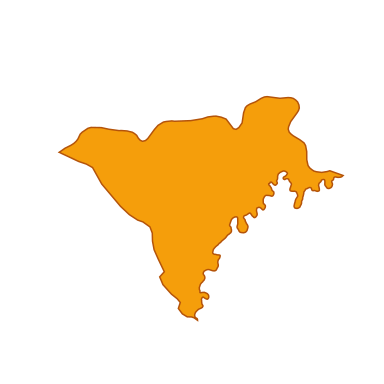 the district of Kim Hyong Jik, Ryanggang, North Korea, rotated 108°
{"feature_id": "82179303B57298285068990", "entity_name": "Kim Hyong Jik", "entity_type": "district", "adm_level": 2, "iso_a3": "PRK", "parent_name": "North Korea", "parent_adm1": "Ryanggang", "projection": "equal_earth", "projection_center": [127.249, 41.385], "detail": "fine", "context": "isolated", "style": "filled", "palette": "amber", "viewbox_px": 384, "rotation_deg": 108, "n_neighbors": 0, "source": "geoboundaries", "source_scale": "gbopen_adm2", "svg_char_len": 6036}
<svg xmlns="http://www.w3.org/2000/svg" viewBox="0 0 384 384"><g transform="rotate(108 192 192)"><path d="M179.7,317.9L182.3,319.4L184.9,321.5L189.6,326.3L195.3,330.6L198.0,309.2L198.1,301.0L199.5,294.1L212.3,280.3L227.7,255.6L232.9,244.6L235.5,235.0L235.6,229.5L238.2,221.2L243.3,217.1L250.9,214.4L258.6,210.2L266.2,203.4L276.4,193.7L282.7,196.5L289.1,191.0L295.5,180.0L298.1,173.1L300.7,169.0L307.0,169.0L310.9,163.5L312.2,158.0L311.0,153.9L311.0,151.2L312.3,147.1L311.5,147.4L310.9,147.9L310.7,148.4L310.4,149.7L309.9,150.5L309.1,151.1L308.2,151.4L307.5,151.6L305.7,151.5L304.4,151.1L303.6,150.7L302.6,150.1L302.0,149.9L301.5,149.5L301.0,149.0L299.7,147.5L298.5,146.5L297.2,146.3L296.9,146.4L296.6,146.6L295.4,148.0L293.9,148.7L293.5,148.9L292.5,149.2L291.2,149.9L290.0,149.9L289.0,149.5L288.8,149.4L288.5,148.9L288.6,148.3L289.1,146.7L289.3,145.4L289.3,144.6L289.1,144.1L288.6,143.8L288.0,143.6L287.4,143.5L286.7,143.6L286.1,143.8L285.0,144.4L284.2,145.6L283.9,146.2L283.9,146.6L283.8,146.9L283.6,149.2L284.3,151.1L285.1,152.6L285.2,153.1L285.1,153.4L284.8,153.5L283.5,153.9L283.2,154.1L282.9,154.5L282.5,154.8L280.8,155.5L277.4,155.5L276.5,155.3L275.3,154.8L274.1,154.1L273.5,154.0L272.1,153.3L270.4,153.1L269.2,153.4L268.2,154.0L267.8,154.4L266.9,155.6L266.4,156.0L265.9,156.2L264.9,156.3L264.1,156.1L263.4,155.9L261.6,154.2L261.2,153.6L260.7,152.6L260.5,151.5L260.5,148.2L260.4,147.5L260.1,146.3L259.5,145.4L258.8,144.9L258.1,144.7L257.4,144.7L255.1,144.2L254.1,144.2L253.0,144.6L251.3,145.6L249.8,146.0L248.1,146.0L246.8,145.4L245.7,145.3L244.4,145.4L243.8,145.6L243.6,145.7L243.5,146.0L243.5,146.7L244.0,148.7L244.0,150.3L244.3,151.2L244.3,151.8L244.1,152.7L243.7,153.4L243.5,153.5L242.7,153.7L240.5,153.9L239.7,153.8L238.8,153.5L236.7,152.6L233.9,150.8L233.7,150.8L232.1,150.1L231.3,149.3L229.7,148.7L225.7,146.2L224.6,145.7L223.8,145.5L222.5,145.0L221.5,144.5L220.6,143.7L219.8,143.3L219.0,142.7L218.1,142.4L217.5,142.3L216.3,142.6L215.7,142.8L214.7,143.5L213.7,143.9L213.2,144.4L212.7,145.4L212.4,145.7L211.8,146.1L206.8,146.0L206.0,145.9L204.5,145.3L204.1,145.0L202.7,143.8L201.9,142.2L201.9,141.6L202.1,141.0L202.6,140.6L203.2,140.3L208.1,138.6L210.8,138.5L211.9,138.1L212.2,137.9L212.6,137.3L213.9,135.8L214.8,135.0L215.4,133.8L215.4,133.3L215.3,132.4L214.9,130.5L214.7,130.1L213.9,128.9L213.2,128.4L212.6,128.1L211.7,127.8L209.5,127.8L208.3,127.9L207.3,128.2L206.8,128.6L206.2,129.1L205.2,130.4L203.7,131.8L203.2,132.4L202.3,132.7L202.1,132.9L200.8,134.8L200.4,135.1L200.0,135.2L199.2,135.2L198.5,135.0L198.2,134.7L197.6,133.8L196.9,133.0L194.6,131.2L194.4,131.0L194.1,130.5L194.3,129.7L196.2,127.2L196.7,125.9L196.9,125.7L197.1,125.1L197.0,124.5L196.8,124.2L195.8,123.5L194.8,123.2L194.1,123.0L193.2,123.1L192.6,123.3L189.9,124.9L188.2,125.3L187.3,125.3L186.9,125.0L186.2,124.1L185.9,123.7L185.8,123.2L185.8,122.4L186.0,121.6L186.9,119.8L187.1,119.3L187.1,118.9L186.6,118.3L186.0,118.0L185.3,117.8L184.1,117.6L182.8,117.8L182.2,118.1L181.8,118.6L181.2,119.6L181.0,120.4L180.2,120.9L177.4,121.9L176.3,122.0L174.3,121.7L172.8,121.1L172.5,120.8L172.2,120.3L171.5,117.6L171.4,116.8L171.4,115.4L171.3,114.8L171.0,114.3L170.5,113.9L169.8,113.7L169.3,113.6L168.2,113.6L166.7,114.2L166.4,114.8L165.7,116.3L165.4,116.6L163.6,117.9L162.7,119.1L161.9,120.0L161.9,120.3L161.5,121.0L160.9,121.5L160.4,121.6L159.7,120.7L159.0,120.8L158.7,120.7L158.2,120.0L158.1,119.5L158.2,119.1L159.4,117.1L159.7,116.3L159.9,115.5L159.8,114.8L159.6,114.6L159.1,114.2L157.7,113.6L157.3,113.6L156.8,113.8L155.4,114.9L155.1,115.0L153.5,114.7L152.1,114.9L151.2,115.3L149.9,115.5L148.5,115.5L148.1,115.4L147.5,115.1L147.0,114.7L146.3,114.4L144.4,112.4L143.8,111.6L143.6,111.1L143.5,110.0L143.7,108.8L143.9,108.2L144.6,107.1L144.9,107.0L145.2,107.0L147.0,107.5L148.1,108.1L148.9,109.0L149.7,109.5L150.1,109.6L150.6,109.6L150.9,109.4L151.2,109.2L151.5,108.7L151.5,108.0L151.5,107.6L150.5,106.8L150.2,106.3L150.0,105.6L149.8,104.9L149.9,104.5L150.0,104.1L151.6,102.7L153.2,100.2L153.7,99.9L154.1,99.8L158.8,99.8L159.6,99.6L160.2,99.2L160.4,99.0L160.5,98.5L160.5,97.8L160.1,96.1L159.5,94.6L159.6,93.3L159.7,92.8L159.9,92.6L161.7,91.0L162.7,90.4L163.5,90.2L166.6,91.0L168.0,91.1L169.7,90.9L171.3,90.9L173.9,90.6L174.7,90.1L175.0,89.8L175.4,89.3L175.4,88.1L175.3,87.6L175.0,86.7L174.6,86.1L173.3,84.9L172.7,84.7L171.8,84.7L170.5,84.4L169.2,84.3L168.8,84.4L166.9,84.9L166.3,84.9L165.0,84.6L164.6,84.6L162.6,85.1L161.5,85.0L159.3,85.2L157.4,85.6L155.6,85.0L154.5,84.9L154.2,84.8L152.8,83.1L152.2,82.7L151.5,81.8L151.3,81.3L151.2,80.7L151.5,79.7L152.9,78.8L153.4,78.0L153.3,77.1L152.9,76.4L152.7,75.7L152.7,73.8L152.7,73.1L152.3,72.5L152.2,72.2L151.7,71.6L151.2,71.4L150.6,71.5L149.2,72.1L146.6,73.7L144.6,73.9L142.2,72.6L140.7,72.5L139.9,71.7L139.5,71.0L139.4,70.5L139.4,69.8L140.2,69.2L141.4,68.7L143.6,68.1L144.7,67.4L145.3,66.4L146.4,65.0L146.6,64.2L146.6,63.7L146.4,63.0L146.1,62.4L144.9,61.2L143.8,60.7L142.5,60.6L141.1,60.8L140.3,61.3L139.6,62.0L138.9,62.4L138.5,62.5L137.9,62.2L137.4,61.8L136.7,61.4L136.0,61.3L135.0,61.5L134.6,61.5L133.9,61.2L133.5,60.5L133.4,60.3L133.2,59.5L133.2,59.0L133.0,57.7L132.2,55.7L131.7,54.9L131.2,54.3L129.6,53.4L129.2,67.5L130.8,69.8L133.3,74.7L134.3,79.9L134.4,82.6L133.7,85.0L132.7,87.5L131.0,89.8L125.9,92.8L118.1,95.4L112.8,98.3L110.7,100.6L109.0,105.6L107.3,113.0L106.4,115.5L105.1,118.0L102.5,119.9L100.1,120.3L94.6,119.9L84.1,116.5L81.5,115.9L79.0,115.9L76.2,117.2L73.7,119.4L72.5,121.8L71.7,124.5L71.8,127.0L72.5,129.8L75.7,137.3L78.1,150.1L79.3,152.6L81.6,155.2L86.5,159.3L90.4,164.0L93.0,166.3L95.2,167.3L100.7,167.4L110.8,165.7L116.2,167.3L118.8,169.4L119.0,172.2L112.1,182.1L111.8,187.3L112.4,192.5L113.3,195.0L115.7,200.1L119.2,204.9L124.5,215.2L130.1,230.4L130.6,233.1L132.9,238.3L134.3,240.8L139.1,244.9L144.0,247.0L154.9,250.6L157.5,252.2L159.1,254.8L158.8,257.2L157.4,259.7L155.2,262.1L154.2,264.7L153.6,267.2L154.0,272.6L155.3,277.9L156.2,280.5L158.0,290.5L158.8,298.2L161.8,308.0L163.6,310.7L169.0,314.9L171.5,316.2L176.9,316.9L179.7,317.9Z" fill="#f59e0b" stroke="#b45309" stroke-width="1.5"/></g></svg>